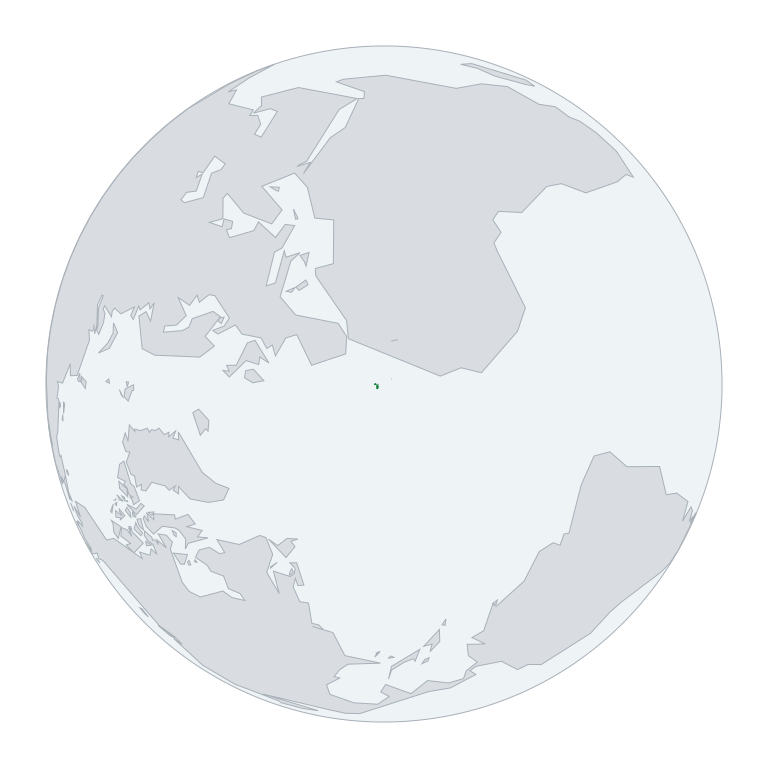 the Earth from above Madeira, rotated 260°
{"feature_id": "PRT-736", "entity_name": "Madeira", "entity_type": "Autonomous region", "adm_level": 1, "iso_a3": "PRT", "parent_name": "Portugal", "parent_adm1": "", "projection": "orthographic", "projection_center": [-16.613, 31.57], "detail": "fine", "context": "on_globe", "style": "filled", "palette": "green", "viewbox_px": 768, "rotation_deg": 260, "n_neighbors": 0, "source": "natural_earth", "source_scale": "10m", "svg_char_len": 10234}
<svg xmlns="http://www.w3.org/2000/svg" viewBox="0 0 768 768"><g transform="rotate(260 384 384)"><circle cx="384" cy="384" r="338" fill="#eef3f6" stroke="#a8b0b8"/><path d="M169.7,645.3L158.2,634.7L150.8,624.4L128.2,580.2L120.3,567.1L102.6,544.0L80.4,490.1L82.8,477.1L79.5,466.0L90.5,451.6L90.0,425.7L86.7,418.8L82.0,424.0L73.2,396.7L73.3,374.2L63.6,302.8L66.4,289.0L72.4,274.2L99.7,210.9L73.7,262.6L78.5,247.9L88.1,227.1L89.8,225.9L105.7,199.5L114.1,185.2L138.6,156.5L169.8,132.8L162.8,140.0L171.1,134.3L180.4,125.4L184.5,121.1L225.7,96.4L259.0,76.6L261.7,72.6L267.2,72.4L267.2,67.6L280.3,62.4L270.2,67.1L272.9,67.0L284.1,62.4L289.3,61.4L297.7,59.0L302.8,58.5L296.5,62.4L299.7,62.4L307.5,59.3L317.6,57.6L305.6,62.0L322.0,59.8L314.5,67.9L278.5,83.7L279.0,90.9L254.1,115.5L261.0,114.1L256.0,123.8L262.1,126.0L255.7,130.8L266.1,128.6L270.7,123.9L276.8,121.6L280.8,122.8L273.4,128.7L270.3,129.0L270.3,131.5L264.9,134.1L269.8,133.5L260.4,141.2L275.6,135.6L272.9,143.4L265.1,148.1L258.4,144.9L223.5,150.9L213.5,156.2L206.1,166.1L208.1,189.4L200.1,197.1L194.9,209.4L202.6,205.9L209.5,195.2L222.7,192.7L229.6,180.9L236.0,178.5L246.1,168.3L252.6,173.1L253.5,183.6L245.4,192.6L245.6,197.9L259.8,192.4L251.1,213.5L256.4,235.3L253.3,241.0L235.5,244.8L218.9,235.8L195.8,244.4L218.9,242.6L210.7,258.2L212.8,262.7L217.9,264.5L224.2,260.3L223.1,266.9L199.8,270.2L200.5,264.2L207.9,263.0L200.0,259.3L184.3,263.2L181.4,271.6L160.7,271.4L158.3,277.7L152.5,281.7L157.7,271.4L148.1,290.5L123.3,298.3L109.7,332.1L114.3,300.0L110.5,291.0L104.6,284.1L102.1,289.4L97.8,275.2L87.8,276.8L75.3,298.9L69.7,322.2L75.4,334.8L81.3,327.3L87.8,333.4L74.3,356.9L84.4,375.4L78.3,395.8L80.1,411.2L87.2,415.2L94.0,427.6L101.9,419.9L113.2,420.7L110.4,438.6L119.0,426.6L123.7,439.3L148.1,452.8L145.5,455.8L165.6,487.8L192.1,507.9L198.3,523.0L194.6,529.4L204.9,535.2L205.1,540.3L250.2,560.6L276.6,578.3L278.0,594.7L260.4,608.8L254.9,641.1L226.0,642.7L225.7,653.4L215.4,662.9L197.0,654.1L209.7,665.0L205.5,665.7L195.5,660.7L200.2,665.5L193.2,661.5L202.4,667.9L200.9,668.0L203.0,669.4L169.7,645.3ZM104.6,342.3L116.5,373.2L105.6,366.5L108.4,365.3L106.3,355.0L100.9,341.7L92.6,337.2L104.6,342.3ZM119.2,331.4L116.8,327.5L119.7,330.0L119.2,331.4ZM185.5,119.5L180.1,125.4L169.8,134.3L173.7,129.3L185.5,119.5ZM205.8,104.7L204.7,106.7L195.6,111.5L199.0,108.8L205.8,104.7ZM262.5,70.5L257.1,73.3L260.6,71.0L262.5,70.5ZM297.9,58.7L297.8,58.4L302.2,57.4L297.9,58.7ZM241.8,166.5L243.8,167.4L240.9,168.8L241.8,166.5ZM244.2,161.4L239.3,162.4L239.7,160.2L242.8,159.6L244.2,161.4ZM314.1,56.0L321.2,54.8L312.9,56.6L314.1,56.0ZM250.1,160.8L241.1,156.2L242.0,152.4L254.1,147.2L250.1,160.8ZM324.6,54.6L341.9,52.6L343.1,51.4L349.3,54.4L332.6,54.6L322.2,56.7L326.7,55.0L324.6,54.6ZM270.5,122.0L265.7,127.0L265.9,121.9L270.5,122.0ZM269.1,119.3L261.2,108.5L270.2,102.2L271.0,106.8L279.8,98.5L288.1,100.6L285.1,105.7L277.7,109.2L286.5,107.5L269.1,119.3ZM350.0,56.9L353.2,57.3L348.6,57.6L350.0,56.9ZM279.3,120.3L276.8,118.4L284.5,112.7L290.7,115.5L286.2,116.4L279.3,120.3ZM278.0,95.5L284.8,92.2L293.4,92.9L297.1,91.8L289.0,100.2L278.0,95.5ZM286.6,118.3L293.7,117.2L293.7,121.1L282.1,121.8L286.6,118.3ZM283.9,110.2L287.8,107.7L287.6,109.9L283.9,110.2ZM297.9,135.3L294.9,132.6L298.6,129.3L297.9,135.3ZM296.3,116.6L296.3,115.3L297.4,113.8L302.0,114.0L296.3,116.6ZM295.7,100.4L297.8,101.6L299.4,96.9L305.9,97.7L299.3,103.4L304.9,101.3L306.9,101.6L299.3,106.0L295.7,100.4ZM310.0,110.0L303.9,118.3L308.7,123.8L305.5,126.7L298.3,117.5L310.0,110.0ZM304.4,107.2L307.2,109.5L301.8,111.7L296.6,111.5L304.4,107.2ZM312.7,96.5L304.4,93.7L306.2,92.6L312.7,96.5ZM312.5,111.1L313.9,109.1L313.5,111.2L312.5,111.1ZM313.8,100.3L310.7,99.4L312.7,98.1L313.8,100.3ZM319.4,106.2L317.4,108.8L313.8,108.6L319.4,106.2ZM317.7,103.2L321.3,101.7L313.7,107.0L316.0,102.9L317.7,103.2ZM316.3,99.3L316.5,98.3L317.3,99.9L316.3,99.3ZM334.2,106.0L325.5,112.7L317.6,112.0L327.1,105.5L334.2,106.0ZM401.1,46.5L381.0,47.0L393.5,46.5L395.4,46.9L402.8,47.1L411.1,47.3L409.1,47.1L446.8,52.3L472.7,57.9L495.7,65.1L518.2,73.9L540.0,84.2L561.0,96.1L581.1,109.5L600.2,124.3L618.2,140.4L635.0,157.7L650.5,176.2L664.6,195.8L677.4,216.3L688.6,237.6L689.6,239.8L706.6,284.6L714.2,312.4L714.4,313.2L717.8,331.4L708.8,304.2L698.7,281.3L699.3,289.8L686.9,279.9L676.6,302.9L671.7,298.4L670.5,306.3L661.2,307.7L652.4,299.8L648.4,305.9L671.0,326.3L674.9,319.9L673.4,302.4L679.4,311.7L687.9,313.1L690.8,351.3L669.8,407.1L662.1,387.5L616.6,346.3L614.7,338.7L614.3,338.0L613.4,336.8L615.1,350.0L605.3,341.3L635.8,373.8L643.4,390.4L669.6,408.8L668.6,413.8L675.3,415.6L689.8,389.6L691.2,396.9L687.8,439.2L662.6,506.5L662.7,532.2L655.4,557.2L632.5,585.3L627.3,600.9L614.4,613.1L608.8,622.5L594.4,636.8L573.0,653.2L544.4,665.5L548.3,658.7L542.6,648.9L537.2,615.9L550.5,593.5L550.3,578.6L529.0,549.4L534.1,526.8L526.9,519.7L513.0,525.6L504.0,516.8L495.1,518.6L434.6,536.5L412.7,524.6L378.2,481.9L386.6,462.7L382.0,440.8L434.8,356.8L452.9,358.2L502.3,335.6L509.7,336.4L511.3,355.0L554.3,363.0L559.4,344.7L591.0,342.7L607.2,332.6L599.9,298.0L573.2,313.8L561.2,301.2L576.7,275.5L598.9,262.9L594.9,257.8L574.7,254.0L573.5,240.1L567.0,251.9L574.3,255.2L570.4,263.2L563.5,260.7L563.3,255.6L554.9,257.2L557.7,282.5L565.5,288.5L547.1,302.5L558.3,314.4L555.5,323.6L535.7,307.2L532.8,299.0L501.1,285.0L502.4,294.6L532.5,308.9L525.9,309.5L527.9,324.1L521.2,313.6L488.0,296.8L467.3,309.0L451.7,349.4L437.3,355.5L420.3,351.5L415.0,315.9L447.8,306.7L446.4,295.3L430.5,282.0L441.8,280.8L439.3,274.7L450.8,270.9L457.8,252.8L468.0,248.0L462.0,229.2L466.5,224.6L468.8,236.7L475.9,243.2L500.3,232.8L502.4,227.3L496.5,216.3L504.0,215.4L495.2,206.2L504.9,196.3L485.6,201.1L478.1,189.8L479.2,178.2L473.3,175.7L471.6,194.8L474.0,201.9L481.6,206.4L485.2,228.2L478.7,234.6L461.9,216.1L450.8,223.6L442.5,207.2L452.2,163.3L460.8,152.0L493.5,154.4L496.6,162.3L486.4,165.0L503.9,171.8L498.6,166.7L504.8,166.4L499.3,156.7L503.4,156.1L491.0,148.2L495.4,146.5L503.2,151.5L498.8,137.0L505.6,131.8L502.6,128.9L497.5,127.3L509.6,122.5L506.9,120.6L501.8,121.4L493.1,118.4L482.4,111.7L487.2,110.4L491.7,112.6L508.4,116.0L519.6,122.9L520.5,121.8L511.8,115.6L491.5,111.3L483.7,107.8L493.0,108.6L489.0,108.0L486.6,105.8L488.8,102.8L478.4,101.6L445.7,83.3L446.6,76.6L458.5,78.6L440.7,67.6L443.1,62.8L438.5,63.2L426.8,59.5L425.9,60.8L422.8,60.8L392.5,54.2L389.1,52.4L370.8,51.9L368.3,52.4L369.8,53.5L349.3,54.4L343.1,51.4L348.9,50.3L341.1,50.0L355.3,48.0L363.5,46.8L383.5,46.2L387.7,46.1L401.1,46.5ZM424.9,398.6L425.4,405.5L424.9,398.6ZM628.3,265.8L637.8,256.9L623.4,242.4L625.8,238.0L620.0,235.0L622.3,241.4L606.6,232.6L607.0,222.8L600.7,216.0L597.2,218.8L598.9,238.4L621.4,250.7L623.5,260.8L628.3,265.8ZM149.0,453.0L151.6,458.1L147.4,456.0L149.0,453.0ZM102.0,372.7L105.5,376.3L106.7,380.8L103.6,379.2L102.0,372.7ZM136.8,399.3L141.8,404.2L135.7,402.2L136.8,399.3ZM118.8,377.5L132.7,396.0L120.8,394.2L112.4,382.8L119.5,386.2L118.8,377.5ZM113.2,340.3L114.9,343.7L113.0,346.3L113.2,340.3ZM121.3,333.3L120.3,332.8L120.3,329.1L121.3,333.3ZM212.1,257.9L213.9,257.9L218.2,261.0L214.3,262.0L212.1,257.9ZM248.8,261.7L246.2,272.3L245.3,265.1L239.3,268.1L230.1,257.4L251.3,243.3L243.3,251.3L248.8,261.7ZM223.6,240.4L227.0,248.0L222.4,240.3L223.6,240.4ZM414.4,247.7L421.2,250.2L421.2,257.9L408.1,266.3L408.0,255.0L414.4,247.7ZM431.0,252.2L417.8,232.9L425.4,227.7L423.4,233.7L429.7,232.2L428.1,241.7L448.2,256.6L449.5,264.5L424.7,274.3L432.1,266.3L424.9,264.0L431.0,252.2ZM370.9,200.5L365.3,194.2L389.0,190.7L391.4,197.1L378.6,205.2L368.1,202.5L370.9,200.5ZM273.4,153.5L269.7,152.8L271.7,150.9L276.5,150.0L273.4,153.5ZM296.2,134.3L291.5,155.0L287.1,155.1L289.7,168.2L279.0,173.8L277.7,164.9L271.4,179.5L265.9,173.8L263.0,184.0L261.1,163.6L256.0,159.7L265.8,161.8L275.8,156.6L278.5,153.2L282.4,141.0L276.2,131.0L285.1,125.1L293.0,123.6L295.9,125.0L289.2,128.3L297.8,128.0L290.3,133.9L296.2,134.3ZM380.8,120.7L371.9,121.9L387.9,126.1L380.5,130.4L382.9,130.7L380.4,136.1L381.5,143.3L377.1,144.7L379.4,147.0L377.9,150.9L379.6,154.7L372.3,158.7L373.8,163.8L369.4,162.8L374.0,170.7L367.3,166.7L364.6,172.1L372.5,173.1L328.7,189.6L315.5,201.0L308.1,213.2L297.7,205.9L297.9,190.4L304.5,173.1L318.7,163.8L311.4,162.7L316.0,158.0L319.9,160.8L316.7,153.9L321.6,150.9L327.5,138.1L320.0,130.9L321.9,126.4L327.3,127.8L325.5,122.5L337.0,122.3L338.7,119.3L351.7,116.6L361.1,121.8L362.2,118.1L372.1,116.4L380.8,120.7ZM338.0,105.4L350.9,109.7L353.2,114.5L329.6,117.3L326.5,120.1L311.5,123.0L308.5,116.3L313.0,116.0L316.8,114.2L316.2,117.0L319.5,113.4L325.9,113.1L330.1,110.3L333.2,112.3L338.0,105.4ZM513.6,327.7L518.5,326.8L525.2,323.5L526.6,333.1L513.6,327.7ZM490.9,316.6L494.7,314.1L500.0,325.1L494.9,326.4L490.9,316.6ZM492.3,303.9L494.5,313.1L490.3,308.9L492.3,303.9ZM471.8,234.2L475.3,231.3L477.4,233.6L477.6,238.2L471.8,234.2ZM426.8,137.3L421.3,136.4L421.3,134.8L411.6,129.1L416.3,125.9L424.0,128.1L426.8,137.3ZM597.9,306.2L595.9,315.1L592.2,313.6L593.7,310.8L597.9,306.2ZM561.5,325.5L572.0,325.2L561.8,328.1L561.5,325.5ZM430.3,132.8L425.8,130.7L431.0,130.5L430.3,132.8ZM419.3,123.3L424.5,122.4L415.8,124.9L419.3,123.3ZM684.3,526.1L658.7,576.5L651.0,584.2L654.9,574.4L668.0,546.6L678.7,530.7L685.5,515.0L684.3,526.1ZM464.1,108.2L472.3,119.1L481.3,126.1L491.3,128.2L480.8,130.6L466.9,119.7L464.1,108.2ZM447.5,86.2L438.8,85.3L440.1,83.3L442.3,83.2L447.5,86.2ZM444.0,87.4L438.0,91.1L431.5,89.1L437.5,86.5L444.0,87.4ZM434.7,110.5L436.8,113.8L432.5,113.8L434.7,110.5ZM355.0,56.3L353.4,57.2L352.3,56.4L355.0,56.3ZM422.6,61.7L418.2,61.6L417.0,60.3L422.6,61.7ZM405.3,60.9L409.7,62.4L403.1,61.4L405.3,60.9ZM419.8,66.1L410.5,63.3L422.2,65.3L419.8,66.1Z" fill="#d9dde1" stroke="#a8b0b8" stroke-width="1"/><path d="M383.1,377.4L383.0,377.6L382.8,377.7L382.6,377.7L382.2,377.6L381.4,377.3L381.2,377.2L380.9,376.9L380.8,376.7L381.0,376.5L381.1,376.3L381.3,376.3L381.4,376.5L381.5,376.5L381.9,376.7L382.0,376.6L382.3,376.5L382.5,376.5L382.8,376.7L383.0,376.9L383.3,376.9L383.5,377.0L383.6,376.9L383.7,377.0L383.4,377.1L383.2,377.4L383.1,377.4ZM385.4,375.2L385.3,375.3L385.2,375.4L385.2,375.2L385.3,374.9L385.5,374.9L385.6,375.0L385.6,374.9L385.6,375.1L385.4,375.2L385.4,375.2ZM384.6,378.6L384.5,378.3L384.4,378.2L384.5,378.3L384.6,378.6ZM387.8,392.3L387.8,392.5L387.8,392.4L387.8,392.3Z" fill="#22c55e" stroke="#15803d" stroke-width="1.5"/></g></svg>